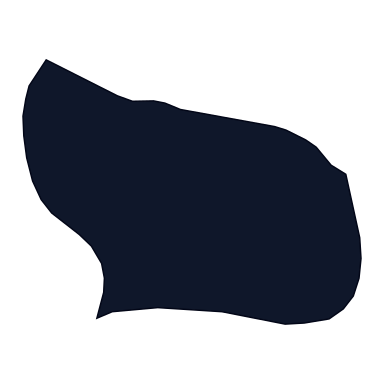 SVG path tracing the border of Bắc Ninh
{"feature_id": "VNM-463", "entity_name": "Bắc Ninh", "entity_type": "Province", "adm_level": 1, "iso_a3": "VNM", "parent_name": "Vietnam", "parent_adm1": "", "projection": "natural_earth1", "projection_center": [106.104, 21.117], "detail": "fine", "context": "isolated", "style": "filled", "palette": "ink", "viewbox_px": 384, "rotation_deg": 0, "n_neighbors": 0, "source": "natural_earth", "source_scale": "10m", "svg_char_len": 572}
<svg xmlns="http://www.w3.org/2000/svg" viewBox="0 0 384 384"><path d="M222.0,311.7L157.8,307.6L112.2,311.7L96.9,318.2L103.7,292.4L104.4,278.1L101.6,263.4L91.4,246.1L79.4,234.6L51.7,213.0L41.2,199.6L32.6,181.0L26.7,157.8L23.8,135.8L23.0,116.1L25.8,99.0L29.1,85.9L46.2,59.9L117.3,95.8L132.5,101.3L153.6,100.9L164.9,103.1L180.4,109.5L274.7,126.6L286.0,130.1L305.8,140.0L316.2,147.2L331.1,165.2L345.8,174.3L359.7,237.7L361.0,258.5L359.0,278.3L353.3,296.0L343.3,308.9L329.1,318.9L304.4,323.0L285.1,324.1L222.0,311.7Z" fill="#0f172a" stroke="#020617" stroke-width="1.5"/></svg>